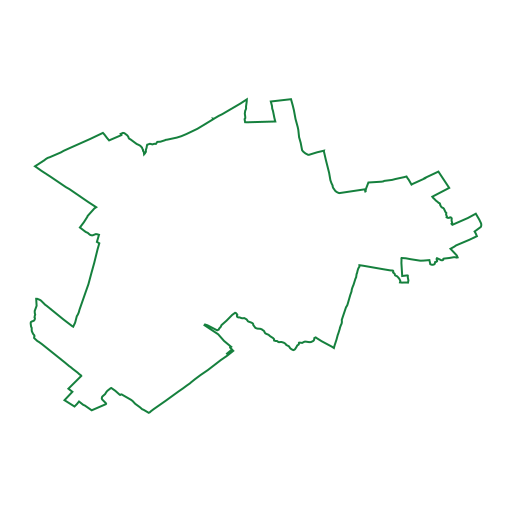 Saveni, Botosani, Romania (Equal Earth projection)
{"feature_id": "2599482B73989625224093", "entity_name": "Saveni", "entity_type": "district", "adm_level": 2, "iso_a3": "ROU", "parent_name": "Romania", "parent_adm1": "Botosani", "projection": "equal_earth", "projection_center": [26.877, 47.965], "detail": "fine", "context": "isolated", "style": "outline", "palette": "green", "viewbox_px": 512, "rotation_deg": 0, "n_neighbors": 0, "source": "geoboundaries", "source_scale": "gbopen_adm2", "svg_char_len": 6028}
<svg xmlns="http://www.w3.org/2000/svg" viewBox="0 0 512 512"><path d="M148.7,412.8L149.8,412.3L151.1,411.1L153.6,409.2L165.5,400.9L178.6,391.4L183.1,388.3L187.0,385.4L189.9,383.4L191.1,382.3L195.1,379.1L200.6,375.0L207.8,370.1L220.9,360.0L227.3,355.6L233.2,350.9L232.5,350.3L227.6,354.3L227.0,353.6L232.0,349.5L230.1,347.6L230.1,347.4L231.1,346.8L224.0,340.9L218.2,334.3L204.5,325.2L205.0,324.5L207.5,325.3L217.1,330.3L218.7,329.6L219.2,328.5L220.7,326.9L221.5,325.1L226.5,320.7L232.2,314.9L235.1,312.8L236.1,313.2L236.8,314.0L236.9,314.7L237.3,314.9L237.3,315.1L237.0,315.5L236.9,315.9L237.1,316.7L237.8,317.2L238.3,317.4L239.6,317.4L241.4,318.1L242.7,318.3L244.3,318.1L246.1,319.1L246.7,319.5L247.9,321.2L248.3,321.5L251.1,322.5L252.5,323.2L253.1,323.9L253.3,325.1L255.4,327.9L257.3,328.6L260.3,328.8L261.9,329.4L262.5,330.0L263.6,330.6L264.3,331.4L264.6,332.3L265.3,333.3L266.2,333.8L268.6,334.8L270.0,336.1L273.1,338.1L274.0,339.1L274.1,340.5L275.7,341.0L276.9,341.0L277.4,341.2L278.0,341.8L279.0,342.2L280.6,342.0L281.5,342.0L283.8,342.7L285.2,343.6L285.9,344.3L286.2,344.9L288.9,346.3L290.1,348.1L290.5,348.5L291.6,349.3L293.3,350.1L294.4,349.7L295.1,349.1L296.8,346.4L297.2,345.5L298.7,344.5L298.9,343.9L298.9,342.9L299.0,342.7L299.5,342.6L302.2,342.9L303.4,342.2L304.5,341.7L305.6,341.6L308.9,342.1L310.4,342.1L311.1,342.0L313.0,341.1L313.6,340.6L314.1,339.8L314.4,338.0L315.7,337.4L316.5,338.0L321.6,341.2L331.9,346.7L333.9,348.0L334.5,345.7L336.5,339.6L337.7,335.1L338.3,333.5L339.8,328.7L339.9,327.9L340.8,325.4L341.6,323.6L341.9,322.0L341.8,320.5L341.8,319.8L346.0,307.3L347.2,305.4L347.7,303.9L350.3,294.9L351.5,291.5L351.7,290.0L352.1,288.4L353.0,286.0L353.5,284.9L355.5,278.5L356.1,277.4L356.6,274.0L357.0,273.2L357.6,270.6L358.3,268.4L359.4,266.7L359.4,265.2L363.0,265.7L383.1,269.2L390.3,270.4L392.3,270.5L393.0,270.7L393.3,271.2L393.1,272.4L393.4,272.8L394.2,273.3L394.7,273.9L394.9,274.9L395.1,275.3L395.5,275.6L396.8,276.1L397.7,276.9L399.2,278.6L400.2,280.6L400.3,281.3L400.0,282.4L401.9,282.6L405.8,282.5L408.0,282.6L408.4,280.4L407.8,277.5L407.8,275.6L407.2,275.4L402.2,276.0L401.4,263.1L401.5,259.6L401.4,258.6L401.6,258.0L405.9,258.3L410.6,259.2L420.3,260.7L423.4,260.6L429.4,260.1L430.3,264.2L431.5,264.7L432.6,264.8L433.2,264.7L434.3,264.3L434.8,263.7L435.1,262.1L436.1,261.9L437.0,261.3L437.2,260.9L436.7,259.9L436.6,258.9L437.0,258.2L439.9,259.5L440.9,260.1L442.0,260.3L442.5,260.2L443.2,259.8L443.4,258.8L443.9,258.6L449.2,258.0L453.8,257.2L455.0,257.2L456.7,257.6L457.6,257.4L456.8,255.5L450.5,248.8L454.4,246.6L456.1,245.4L469.1,239.9L476.9,236.2L475.8,233.6L474.6,231.5L480.6,227.1L481.0,226.6L481.3,225.1L481.2,223.9L480.9,223.0L479.2,219.5L475.8,213.7L467.9,218.0L452.4,224.8L451.8,224.3L451.5,223.8L452.1,223.2L452.2,222.9L451.6,220.8L451.7,218.3L450.8,217.4L450.1,217.3L449.2,217.8L448.5,217.9L447.6,217.8L446.6,217.3L446.9,216.5L446.1,214.6L446.3,212.9L445.5,212.1L443.9,208.7L443.2,208.0L442.4,207.7L441.6,207.2L440.9,206.3L440.1,204.8L440.2,204.3L439.7,203.3L439.4,203.1L438.6,202.9L438.4,202.6L437.6,201.9L435.8,200.5L434.7,199.3L432.9,197.6L432.3,196.7L449.2,187.9L438.4,171.6L424.8,178.0L425.0,178.3L412.7,183.9L411.5,184.6L408.5,179.4L407.8,178.6L406.5,176.5L404.3,177.1L395.5,179.0L392.1,179.9L384.2,180.9L383.3,181.4L381.4,181.7L368.4,182.5L366.1,188.5L365.6,190.4L365.7,191.2L365.5,191.4L365.3,191.5L365.2,191.2L364.9,189.3L339.4,193.1L338.5,192.9L336.5,191.9L335.0,190.6L334.3,189.4L333.4,188.3L332.7,186.7L332.6,185.5L331.5,183.3L330.4,180.2L329.1,172.8L325.8,159.7L323.8,151.0L323.9,150.7L317.1,152.3L309.0,154.8L308.1,154.8L305.4,153.4L303.9,152.2L303.0,151.4L302.1,150.2L300.7,142.9L299.5,138.6L299.1,137.3L298.3,129.9L297.7,127.0L295.5,118.9L293.9,110.2L292.7,105.3L291.0,99.2L270.8,101.5L272.0,106.0L272.2,108.5L273.0,111.0L274.4,118.0L275.3,121.5L246.7,122.3L245.1,122.2L244.6,119.1L245.1,118.5L245.3,118.0L245.2,116.4L244.8,113.6L245.2,110.8L245.9,109.2L246.1,108.4L246.0,106.7L246.7,101.7L246.8,99.4L240.3,103.6L222.0,114.3L218.7,115.9L214.3,118.5L213.7,118.7L213.1,118.6L213.4,119.1L197.4,128.8L186.3,134.1L181.3,136.2L176.8,137.6L167.0,139.7L165.9,139.8L164.8,140.3L160.4,141.7L157.3,141.9L155.9,143.9L154.3,143.8L152.4,144.4L150.5,143.9L149.4,143.9L148.6,144.3L147.2,144.7L146.8,146.2L146.6,147.7L145.8,150.0L145.9,151.6L145.8,152.0L145.2,152.8L145.0,153.3L144.1,154.3L143.8,151.9L143.0,150.8L143.0,149.8L142.4,148.8L142.0,147.6L140.3,145.8L138.7,144.9L136.7,144.0L130.5,139.4L129.2,138.7L128.7,138.0L128.3,136.8L127.3,135.4L124.7,133.4L123.9,133.0L122.9,132.9L120.7,133.9L121.5,135.0L121.4,135.1L109.1,140.4L107.2,138.2L104.3,134.4L102.9,132.9L90.1,139.0L69.2,148.3L63.7,150.8L60.9,152.4L49.8,157.2L47.7,157.9L45.9,159.0L44.4,160.2L35.0,166.3L41.4,170.8L50.5,176.7L66.0,187.2L69.4,189.1L88.2,202.0L96.2,207.2L94.3,208.5L87.6,216.0L87.4,216.7L83.9,222.2L79.9,227.5L85.6,231.9L87.8,232.9L89.6,234.5L90.4,235.0L91.6,235.3L92.7,235.3L95.8,234.1L96.9,234.2L99.0,234.8L96.9,241.9L99.3,243.3L97.6,249.2L94.2,263.0L91.5,272.7L88.4,284.3L86.2,290.5L79.5,309.7L78.8,312.3L77.8,314.6L76.8,316.2L75.3,322.0L74.7,323.7L74.3,324.2L74.2,324.6L73.2,326.7L71.9,325.9L63.5,319.5L46.4,305.6L45.3,304.9L41.0,300.6L39.9,299.9L37.2,298.8L36.2,298.8L36.6,305.8L34.7,311.0L34.8,313.2L35.2,314.6L34.8,315.8L34.5,317.4L34.9,318.0L34.9,318.6L34.7,319.5L34.1,320.5L33.4,320.9L31.8,321.5L30.9,322.1L30.7,322.9L30.7,323.7L31.1,326.7L31.7,327.9L31.7,330.1L31.9,331.4L33.1,333.9L34.2,335.2L34.5,336.1L34.1,337.1L34.2,338.1L37.3,341.0L39.0,342.0L41.9,344.1L65.0,362.6L69.4,366.3L70.4,366.9L72.9,369.0L77.6,372.6L79.1,374.0L81.1,375.5L81.3,375.9L68.4,388.7L72.4,391.8L64.5,400.2L74.5,406.5L76.9,404.1L79.0,401.5L83.3,404.9L84.8,405.5L91.7,410.3L105.8,404.2L106.1,403.8L105.8,403.1L102.3,399.6L101.8,398.7L101.9,397.6L102.2,396.7L102.8,396.1L105.1,394.1L106.3,392.1L107.4,390.8L110.7,388.2L111.3,388.0L115.3,390.8L119.8,394.8L120.3,394.9L120.8,394.5L121.6,394.4L131.0,399.8L132.6,401.0L135.2,403.8L140.0,407.3L142.1,409.2L143.6,409.8L148.7,412.8Z" fill="none" stroke="#15803d" stroke-width="2"/></svg>